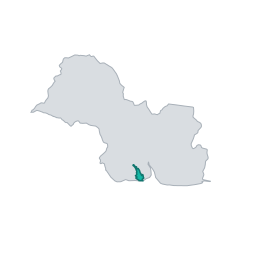 location of IV-2 Buxton/Mahaica, Demerara-Mahaica, Guyana, rotated 139°
{"feature_id": "73187651B35939089598366", "entity_name": "IV-2 Buxton/Mahaica", "entity_type": "district", "adm_level": 2, "iso_a3": "GUY", "parent_name": "Guyana", "parent_adm1": "Demerara-Mahaica", "projection": "orthographic", "projection_center": [-58.08, 6.451], "detail": "fine", "context": "in_parent", "style": "filled", "palette": "teal", "viewbox_px": 256, "rotation_deg": 139, "n_neighbors": 0, "source": "geoboundaries", "source_scale": "gbopen_adm2", "svg_char_len": 5378}
<svg xmlns="http://www.w3.org/2000/svg" viewBox="0 0 256 256"><g transform="rotate(139 128 128)"><path d="M81.6,119.5L76.2,113.5L70.8,107.3L65.4,101.3L65.1,100.5L67.3,97.6L69.3,95.6L71.0,94.5L71.8,93.4L71.2,89.0L71.3,87.4L70.5,85.7L70.0,83.8L70.6,82.2L71.5,81.1L72.5,80.6L75.0,80.3L76.8,80.1L77.4,79.5L78.4,78.7L79.8,78.7L82.4,79.2L83.6,78.3L85.8,77.0L90.7,74.7L91.8,73.2L92.5,70.9L92.5,69.9L92.0,69.4L90.8,69.1L88.9,69.0L87.4,69.6L85.9,69.2L84.6,67.8L84.6,66.7L85.3,65.0L84.9,63.9L82.5,60.4L82.5,59.5L84.3,57.9L85.3,56.6L86.7,53.4L87.8,52.3L91.2,52.0L92.0,51.3L93.8,49.6L96.3,47.7L100.1,46.2L101.1,43.4L101.8,42.7L104.7,41.2L105.3,40.4L105.2,39.7L100.5,33.5L101.4,33.9L105.1,38.0L107.1,38.9L107.5,38.9L107.6,37.8L109.4,38.3L114.2,41.1L121.3,45.7L131.2,54.5L134.0,57.8L135.9,59.4L138.8,63.2L139.7,65.0L139.6,72.4L137.0,77.4L136.3,81.2L136.2,86.2L134.7,89.1L136.7,87.5L137.3,83.0L139.0,80.3L141.3,77.3L144.2,76.5L147.5,77.8L150.0,78.0L152.3,78.9L157.2,83.8L161.9,87.6L163.6,90.6L168.7,92.2L171.6,94.6L172.6,96.7L173.2,102.1L172.2,110.4L172.5,110.8L171.2,112.4L170.9,113.4L170.0,115.3L169.3,116.3L170.3,118.6L171.5,118.7L171.9,118.9L172.2,119.4L172.1,119.9L171.7,120.3L170.6,120.9L169.6,122.2L169.7,123.6L169.0,124.4L167.0,124.8L162.9,124.8L160.9,124.9L159.3,125.2L158.2,126.1L156.9,126.8L155.9,126.9L154.9,128.0L154.0,129.5L154.3,130.6L155.3,132.0L155.8,133.5L155.1,135.8L154.3,137.6L153.8,139.0L153.2,141.7L151.6,144.6L150.5,146.2L150.5,148.0L151.1,150.6L154.3,154.3L155.3,156.1L156.2,159.0L159.1,161.2L160.9,163.1L160.7,165.5L161.0,166.2L162.1,166.8L163.5,167.3L165.0,167.3L166.3,167.1L166.6,166.7L169.8,166.7L170.1,167.3L170.3,170.7L170.4,172.1L171.2,172.7L171.6,173.6L171.7,174.3L171.8,176.3L172.3,177.3L172.2,179.4L172.5,180.1L173.4,180.6L174.5,182.1L174.9,182.3L175.1,182.8L176.1,184.9L176.5,185.6L176.9,185.7L177.0,186.4L177.7,188.4L178.1,188.9L179.0,190.3L179.4,191.9L180.5,193.7L181.7,194.9L182.2,196.2L183.8,199.1L185.2,201.1L187.2,201.6L188.9,201.9L189.9,202.7L190.9,203.5L189.8,203.9L188.8,204.4L187.5,204.0L185.6,204.2L183.6,204.8L181.8,205.1L178.4,204.2L177.4,204.1L176.7,203.7L175.2,201.9L174.6,201.7L172.7,202.5L170.5,203.1L169.4,203.0L168.2,203.6L167.0,204.4L164.7,207.9L163.6,209.1L162.3,209.7L159.8,209.6L157.1,209.8L155.1,210.6L153.3,211.0L152.3,211.1L152.0,213.0L151.6,213.9L151.0,214.4L149.5,214.5L148.2,214.5L147.4,213.7L146.0,213.3L144.6,213.0L143.8,212.5L143.1,212.7L142.5,213.4L142.1,214.1L141.7,215.4L139.7,215.8L138.9,216.5L139.4,218.8L139.1,219.7L138.7,220.4L136.3,220.6L134.3,220.5L133.1,221.4L131.6,222.4L130.7,222.5L129.7,222.5L128.3,221.3L127.0,219.9L123.6,218.9L120.2,218.0L118.0,215.8L117.5,214.6L116.4,214.2L113.8,211.5L112.4,209.7L110.8,209.2L109.0,208.5L109.1,207.3L108.9,206.1L108.2,205.6L107.1,205.2L106.7,204.5L106.8,203.0L107.0,198.9L106.7,195.0L104.3,193.6L103.3,192.7L101.5,186.9L100.6,184.3L100.6,182.3L101.2,176.5L101.9,174.0L103.7,169.0L104.8,167.3L104.9,166.1L104.8,164.4L104.2,161.2L107.4,159.2L108.7,158.3L109.0,157.0L110.7,155.2L111.4,153.6L112.0,152.3L111.9,151.6L111.1,151.2L110.3,150.0L108.5,146.5L107.8,145.8L107.2,144.8L107.5,143.2L108.2,141.5L108.2,140.8L107.1,139.9L104.8,138.3L103.0,138.2L101.5,137.7L99.4,137.6L97.7,137.4L96.7,136.8L96.9,135.9L97.4,135.2L98.8,133.4L99.7,131.5L99.9,129.7L100.2,127.2L100.6,125.1L100.8,122.7L98.6,121.1L97.9,119.8L97.0,118.7L95.9,118.7L94.4,118.2L92.0,119.7L90.1,119.4L88.8,119.9L85.8,119.8L83.9,119.1L81.6,119.5Z" fill="#d9dde1" stroke="#a8b0b8" stroke-width="1"/><path d="M148.6,96.6L148.6,96.4L148.7,96.1L148.6,95.9L148.6,95.5L148.6,95.3L148.5,94.9L148.5,94.6L148.5,94.4L148.5,94.1L148.6,93.8L148.6,93.6L148.6,93.3L148.6,93.1L148.7,92.8L148.8,92.5L148.9,92.3L148.9,92.1L148.9,91.8L149.1,91.6L149.1,91.3L149.1,91.1L149.3,90.8L149.5,90.6L149.6,90.3L149.6,90.0L149.7,89.7L149.8,89.5L150.0,89.3L150.2,89.1L150.3,88.9L150.5,88.8L150.8,88.8L151.0,88.6L151.1,88.4L151.2,88.1L151.3,87.9L151.4,87.7L151.7,87.4L151.8,87.2L152.0,87.1L152.3,87.0L152.6,87.0L152.9,87.1L153.2,87.1L153.4,87.1L153.6,87.1L153.7,86.8L153.6,86.5L153.6,86.3L153.6,86.0L153.6,85.8L153.5,85.6L153.4,85.4L153.4,85.1L153.7,85.0L154.0,85.0L154.3,85.0L154.6,85.1L154.8,85.1L154.9,84.8L154.9,84.6L154.8,84.3L154.7,84.1L154.7,83.8L154.6,83.5L154.6,83.3L154.5,83.0L154.4,82.8L154.4,82.6L154.2,82.3L154.1,82.1L154.0,81.9L154.0,81.7L154.1,81.4L154.2,81.1L153.4,80.3L152.5,79.6L152.2,79.3L151.9,79.1L151.7,78.7L151.4,78.5L151.1,79.5L150.9,80.0L150.6,80.1L150.4,80.1L150.1,80.0L149.9,79.9L149.6,79.8L149.3,79.8L149.0,79.9L148.9,80.1L148.8,80.3L148.7,80.6L148.7,80.9L148.6,81.1L148.4,81.3L148.2,81.5L148.1,81.8L148.0,82.0L147.8,82.2L147.7,82.5L147.5,82.9L147.5,83.2L147.7,83.3L147.9,83.2L148.1,83.1L148.3,83.0L148.6,83.0L148.8,83.1L148.8,83.4L148.7,83.7L148.6,84.0L148.6,84.3L148.4,84.6L148.3,84.9L148.3,85.1L148.2,85.4L148.2,85.6L148.2,85.9L148.2,86.2L148.2,86.4L148.1,86.6L147.9,86.9L147.8,87.1L147.7,87.3L147.6,87.6L147.4,87.9L147.3,88.1L147.3,88.4L147.2,88.7L147.1,88.9L147.1,89.2L147.1,89.5L147.0,89.8L147.0,90.0L147.0,90.3L146.9,90.6L147.1,90.8L147.3,91.0L147.6,91.0L147.8,91.1L148.1,91.2L148.1,91.4L148.0,91.6L147.8,91.9L147.7,92.1L147.6,92.4L147.4,92.6L147.2,92.8L147.2,93.0L147.2,93.3L147.4,93.5L147.5,93.7L147.6,93.9L147.7,94.2L147.8,94.4L147.9,94.8L147.9,95.1L147.9,95.4L147.8,95.7L147.9,95.9L147.9,96.2L147.8,96.4L147.8,96.5L148.1,96.7L148.4,96.6L148.6,96.6Z" fill="#14b8a6" stroke="#0f766e" stroke-width="1.5"/></g></svg>